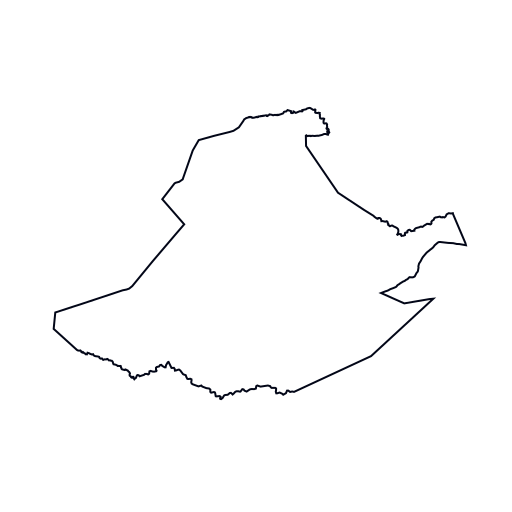 the district of San Juan Tamazola, Oaxaca, Mexico, rotated 263°
{"feature_id": "50627088B32435173505967", "entity_name": "San Juan Tamazola", "entity_type": "district", "adm_level": 2, "iso_a3": "MEX", "parent_name": "Mexico", "parent_adm1": "Oaxaca", "projection": "robinson", "projection_center": [-97.154, 17.118], "detail": "fine", "context": "isolated", "style": "outline", "palette": "ink", "viewbox_px": 512, "rotation_deg": 263, "n_neighbors": 0, "source": "geoboundaries", "source_scale": "gbopen_adm2", "svg_char_len": 6111}
<svg xmlns="http://www.w3.org/2000/svg" viewBox="0 0 512 512"><g transform="rotate(263 256 256)"><path d="M142.6,358.0L192.0,426.8L192.1,422.8L190.9,397.4L204.0,375.6L205.2,380.3L205.4,381.6L205.8,383.1L206.7,385.2L207.4,388.3L208.2,391.1L208.8,392.0L209.4,392.4L209.9,393.1L210.8,395.1L211.1,395.4L212.8,399.1L213.1,400.5L213.9,401.7L214.5,403.4L215.0,404.2L215.9,405.1L216.3,406.1L216.0,406.8L215.7,409.1L216.1,410.4L216.4,411.1L219.5,413.2L220.7,414.5L221.4,414.9L224.7,415.9L226.0,415.9L228.6,416.9L230.7,418.7L233.5,420.6L234.8,421.7L238.4,425.6L239.1,426.6L240.6,429.1L241.2,429.9L241.6,430.8L243.0,432.9L244.9,434.7L247.1,438.0L247.5,439.0L247.5,440.3L245.6,448.2L244.7,453.3L243.4,456.9L243.1,459.2L241.1,465.7L243.3,465.4L273.5,456.7L274.5,456.6L274.4,454.8L275.0,452.5L274.1,450.3L272.1,449.0L271.3,447.8L271.9,446.2L271.6,445.6L272.0,444.0L272.3,443.9L272.7,443.2L272.4,440.3L272.4,438.9L271.8,437.6L270.3,436.8L269.6,435.2L268.6,434.2L266.9,434.1L266.3,433.5L266.1,432.8L266.8,431.7L266.6,431.4L267.1,429.8L265.7,426.6L264.7,425.0L264.6,424.4L265.1,423.5L265.0,422.6L264.7,422.0L264.2,418.3L263.7,417.3L262.8,416.3L261.8,416.3L261.7,413.1L262.1,412.7L262.7,412.4L263.3,411.7L263.2,410.5L262.4,409.3L261.0,409.1L260.8,408.4L261.0,407.7L260.9,406.9L260.6,406.6L258.6,406.4L258.2,404.7L258.3,403.3L258.2,402.9L259.2,402.4L259.9,402.5L260.2,401.7L260.4,400.2L259.8,399.1L260.1,398.8L260.9,399.4L262.5,400.2L264.0,400.4L265.2,400.3L266.3,399.6L267.4,398.2L268.6,396.2L269.4,395.3L269.7,394.8L269.6,393.8L269.2,392.6L269.3,392.3L270.6,391.5L270.5,391.3L270.9,390.9L271.4,391.2L272.0,391.2L272.8,390.7L273.8,390.7L274.6,390.0L274.3,388.5L275.3,385.7L275.3,384.7L276.7,384.6L277.8,384.3L278.4,383.7L278.7,383.2L278.8,382.0L278.3,381.8L278.1,381.3L278.5,380.5L280.4,378.4L281.6,377.5L288.6,368.8L308.8,345.1L359.1,319.1L369.9,320.2L370.2,320.1L369.4,320.9L368.7,321.9L368.9,323.3L368.6,324.0L368.7,324.4L368.4,324.7L368.3,325.0L368.5,326.3L367.9,329.2L368.0,329.6L367.9,330.4L368.0,331.4L367.8,331.8L367.7,332.3L368.1,336.2L368.8,338.5L368.6,340.3L368.2,340.8L367.6,342.2L369.0,342.9L369.4,343.5L369.7,343.8L370.3,343.6L370.1,342.8L369.9,342.1L370.3,341.8L371.2,341.9L371.6,343.3L372.1,343.5L372.7,343.5L373.3,343.2L373.5,342.9L373.4,341.9L373.5,341.7L373.9,341.5L374.3,341.6L374.9,342.2L375.4,342.4L376.4,342.3L377.3,342.4L377.7,342.6L378.7,342.3L379.0,342.1L379.2,341.6L379.1,340.2L379.2,339.8L379.9,339.3L380.6,339.3L382.6,339.7L383.4,340.3L383.9,340.4L384.2,339.9L384.3,339.4L384.4,338.2L384.3,337.6L384.9,336.5L387.1,336.4L388.3,336.7L389.0,336.4L390.2,336.7L390.6,335.6L390.4,334.4L390.9,332.5L391.4,332.2L393.9,332.8L394.3,332.4L393.9,331.6L394.2,330.4L396.2,328.0L396.5,327.0L396.2,324.7L395.5,323.5L395.2,319.8L394.3,319.9L393.9,319.4L394.4,317.2L393.2,312.9L394.7,311.2L393.7,310.7L393.4,309.4L393.6,308.4L394.2,308.2L395.3,308.8L397.0,305.1L395.8,303.6L395.8,302.0L395.6,301.3L394.6,300.6L394.1,300.0L393.9,298.5L393.6,297.8L393.6,297.1L393.2,295.7L393.2,294.5L393.4,294.5L393.3,294.2L393.6,293.3L393.5,293.0L393.6,292.9L393.8,291.1L393.6,290.7L393.6,290.1L393.9,289.4L394.2,289.0L394.9,286.6L394.4,286.1L393.5,284.3L393.6,283.9L394.3,283.8L394.4,282.3L394.2,280.8L394.4,280.4L394.4,280.0L394.1,279.7L394.3,278.5L394.3,277.9L394.1,277.8L394.2,275.3L393.7,275.1L393.6,274.5L393.6,273.9L394.0,273.4L393.6,271.7L393.5,269.7L393.7,269.0L394.0,269.0L394.4,268.5L394.5,268.1L394.4,267.7L394.5,267.3L394.8,267.1L394.8,266.5L394.5,266.2L394.5,265.9L394.7,265.6L394.4,265.0L394.1,263.0L393.7,262.4L393.1,261.0L391.5,259.8L385.8,254.7L383.0,248.9L382.3,244.8L380.4,229.2L378.0,213.3L368.5,206.1L341.5,192.8L341.0,192.6L339.0,188.8L338.5,185.2L338.0,184.0L323.8,169.9L296.2,188.6L287.1,178.6L263.3,152.7L241.2,129.5L239.1,126.1L238.5,123.4L238.2,119.5L229.2,74.7L228.2,69.3L224.4,49.9L208.3,46.3L184.6,66.8L184.0,67.6L183.6,68.9L183.6,69.7L183.7,70.1L183.2,70.6L182.5,70.9L181.9,71.0L181.3,71.9L181.8,72.5L181.4,72.9L180.5,73.6L180.2,74.3L179.2,75.0L179.2,75.5L179.0,76.2L180.5,77.0L179.6,78.9L178.9,79.6L178.8,80.1L178.2,81.2L178.4,82.3L177.6,82.6L176.8,83.2L176.2,84.2L175.5,86.9L175.0,88.0L173.9,88.3L173.1,89.1L173.1,90.6L171.7,91.4L171.5,91.9L171.9,92.8L171.6,94.8L172.0,95.7L171.9,96.1L170.3,97.3L170.2,98.6L169.8,99.1L169.6,100.1L169.0,100.6L168.1,101.0L167.4,101.0L165.9,101.4L165.2,103.5L164.4,104.7L163.7,105.3L163.7,106.1L163.5,106.6L163.4,108.1L163.2,108.4L161.7,108.4L161.4,108.7L160.2,108.9L159.8,109.3L158.8,111.8L158.8,112.1L159.3,112.5L158.7,113.7L158.3,114.0L158.0,114.7L156.9,115.3L156.3,116.0L154.9,116.6L154.5,116.5L154.0,116.2L153.3,116.0L152.5,116.1L151.7,117.1L151.0,117.2L150.5,117.6L150.3,118.2L150.9,118.6L151.1,119.0L151.1,119.4L151.0,119.6L149.1,119.9L148.5,120.2L149.1,120.9L149.6,121.9L152.0,123.3L152.3,124.0L151.9,125.1L150.8,125.8L151.7,130.4L152.5,131.5L152.2,133.5L151.7,134.2L151.6,134.7L152.2,135.6L154.5,136.2L154.8,137.4L153.9,139.3L153.6,140.8L153.8,143.0L154.4,143.3L155.4,142.9L157.3,143.1L157.9,143.9L158.2,146.4L159.5,147.6L159.5,148.8L158.4,149.5L156.6,151.8L156.5,152.7L158.6,153.4L161.3,155.5L161.5,156.3L155.2,158.5L155.0,160.9L153.9,161.5L152.1,161.6L152.2,163.1L152.5,164.1L152.7,165.7L151.6,166.9L147.6,169.2L147.1,170.0L146.3,171.7L144.1,172.2L142.4,172.9L142.1,174.1L142.2,175.7L141.5,176.9L140.5,176.9L138.6,176.3L137.2,176.6L136.3,177.7L133.6,183.0L134.1,186.0L133.0,186.7L130.9,190.6L130.2,193.3L129.0,194.4L126.7,194.1L125.8,194.8L126.1,197.7L125.6,198.6L124.7,198.8L121.9,198.9L121.5,199.3L121.4,202.9L120.6,203.7L119.1,203.0L118.4,203.2L118.2,204.0L119.2,205.6L121.4,207.3L121.8,208.4L121.7,211.0L123.2,213.3L123.2,214.4L122.4,215.2L121.4,215.9L122.1,217.0L123.6,218.7L124.1,220.0L123.9,222.0L123.4,223.1L123.3,224.0L125.5,226.2L125.1,227.4L123.7,228.2L122.6,230.2L124.3,233.6L124.5,235.0L124.1,238.0L124.4,239.7L126.8,240.4L127.3,241.5L125.8,244.6L126.0,252.0L125.1,254.2L124.0,254.6L123.2,255.4L122.8,258.9L122.1,259.8L120.5,259.6L118.9,259.1L117.2,259.4L117.1,260.1L117.6,262.8L115.9,265.5L115.0,266.1L116.2,269.0L118.6,270.4L118.5,271.6L116.9,273.3L117.1,275.4L116.5,277.2L142.6,358.0Z" fill="none" stroke="#020617" stroke-width="2"/></g></svg>